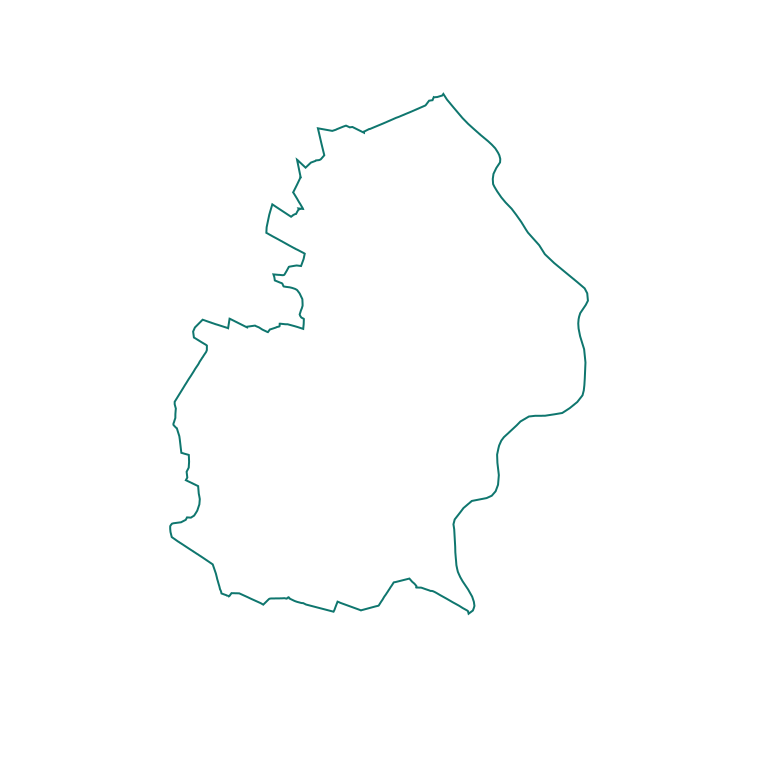 Mežotnes pag., Bauska, Latvia, rotated 218°
{"feature_id": "27541924B31734985735044", "entity_name": "Mežotnes pag.", "entity_type": "district", "adm_level": 2, "iso_a3": "LVA", "parent_name": "Latvia", "parent_adm1": "Bauska", "projection": "equal_earth", "projection_center": [24.115, 56.472], "detail": "fine", "context": "isolated", "style": "outline", "palette": "teal", "viewbox_px": 768, "rotation_deg": 218, "n_neighbors": 0, "source": "geoboundaries", "source_scale": "gbopen_adm2", "svg_char_len": 6094}
<svg xmlns="http://www.w3.org/2000/svg" viewBox="0 0 768 768"><g transform="rotate(218 384 384)"><path d="M464.2,144.6L465.1,143.3L465.1,141.7L465.0,140.6L464.7,140.0L463.2,138.1L461.1,135.9L457.0,132.7L449.1,133.1L448.5,133.2L446.8,133.3L446.1,133.4L436.3,134.2L420.0,135.6L414.0,136.0L407.9,136.4L399.6,131.0L399.4,130.8L399.1,130.6L396.3,128.4L395.2,127.5L393.9,126.6L391.6,124.9L389.2,123.2L387.3,121.7L386.7,121.2L385.9,120.9L384.7,120.2L383.1,118.9L380.6,119.7L378.2,120.5L377.6,120.5L376.9,120.9L375.5,121.5L375.4,121.4L375.3,121.6L375.4,125.3L369.2,129.9L360.1,132.1L356.9,132.8L346.2,135.4L343.3,135.8L343.1,137.4L342.9,138.8L342.4,142.7L342.2,143.9L342.0,144.3L341.7,144.7L340.9,145.5L336.9,148.7L334.8,150.4L332.9,151.9L330.5,154.0L328.9,154.7L328.5,155.0L328.5,155.6L328.1,156.4L328.1,157.0L327.9,157.2L327.3,157.2L326.4,157.0L326.3,156.8L320.8,158.0L318.4,158.8L314.2,160.6L312.7,161.6L309.7,162.2L283.6,173.5L284.0,175.6L284.8,178.0L286.6,183.9L285.3,184.3L283.6,184.7L266.1,190.4L263.3,191.3L262.8,191.4L262.5,191.8L262.3,192.2L261.8,192.8L259.4,196.0L254.6,202.4L253.7,203.6L252.0,205.7L251.9,205.9L251.8,206.2L251.8,206.5L252.1,209.4L252.2,210.3L252.4,213.3L252.8,216.1L252.9,217.6L252.9,217.8L252.9,218.1L252.9,218.3L253.0,220.0L253.1,220.8L253.2,222.6L253.4,224.4L253.5,226.1L253.7,227.7L253.8,229.6L254.0,231.9L254.2,233.6L253.5,234.5L253.0,235.0L250.5,238.2L244.2,246.3L240.0,245.5L237.2,245.4L234.2,244.8L233.6,244.3L233.6,243.7L233.2,243.5L230.1,245.9L229.5,246.3L228.9,246.6L226.2,247.5L225.0,247.9L221.3,249.2L219.9,249.6L218.9,250.4L218.0,250.8L216.9,251.1L215.5,251.4L214.9,251.5L212.9,251.8L209.8,252.2L202.2,253.4L198.6,253.9L195.6,254.3L192.0,254.9L188.2,255.5L186.2,255.7L184.1,255.9L179.1,256.7L178.8,256.7L178.0,256.7L175.9,255.1L174.5,260.2L175.2,262.5L176.1,264.8L179.1,267.7L183.6,270.7L191.3,273.9L195.3,275.2L200.5,276.9L204.9,278.7L208.2,280.4L210.2,281.5L212.7,283.5L215.4,285.8L218.7,289.4L220.4,291.2L224.1,295.2L227.8,299.7L232.1,304.6L239.2,312.7L242.9,316.2L244.9,320.8L244.9,329.6L245.0,335.2L242.8,345.9L232.9,357.3L230.3,362.3L230.0,368.2L232.1,374.8L237.4,382.9L246.1,391.7L251.4,398.0L254.2,403.7L255.4,406.4L256.7,411.6L256.8,415.8L255.2,425.6L254.0,433.1L253.4,438.5L249.8,447.6L245.2,452.1L237.7,458.0L230.9,465.2L225.7,470.9L224.5,474.3L222.8,479.3L220.6,488.8L220.6,497.3L222.6,501.9L225.3,506.3L229.0,511.7L238.5,525.0L247.7,534.6L258.9,542.4L264.8,547.5L268.2,551.3L270.5,554.8L271.7,557.2L273.0,560.7L273.7,570.6L274.6,575.2L279.7,580.6L284.8,582.9L294.5,583.3L310.5,583.7L324.5,584.1L337.1,585.3L347.1,588.9L363.7,591.9L367.0,593.0L375.6,596.2L383.9,598.7L391.4,600.7L400.0,601.9L406.5,603.3L413.5,605.5L418.4,607.4L421.1,608.7L424.5,612.5L427.1,617.0L428.5,623.4L429.0,630.1L430.9,632.9L433.9,635.2L436.6,636.5L441.4,638.2L446.5,639.0L451.4,639.4L461.2,639.7L470.8,640.3L477.9,640.8L485.9,641.9L499.4,644.7L509.5,646.9L515.8,649.1L515.7,647.2L518.8,642.8L519.4,642.3L521.0,640.8L521.4,640.7L520.5,637.5L522.9,635.0L522.8,629.6L522.9,628.9L531.2,613.6L532.3,611.7L537.0,603.3L538.4,601.1L540.0,598.1L545.1,588.7L549.4,581.1L552.2,576.1L552.6,575.9L555.0,570.8L555.1,570.7L554.4,569.7L567.1,567.1L568.6,565.6L568.9,565.2L573.0,564.2L574.6,561.7L578.0,555.8L578.5,554.7L580.6,551.6L593.5,544.8L580.9,534.6L571.9,527.5L571.9,527.0L572.1,522.8L572.2,522.0L572.8,520.8L573.2,520.3L573.8,519.7L575.3,518.3L575.3,517.7L577.9,513.5L579.0,506.2L590.0,507.2L590.6,507.2L577.8,496.3L577.1,495.8L577.5,495.6L576.8,494.5L575.2,487.3L573.6,479.3L573.6,479.1L571.9,478.5L566.3,476.4L565.9,476.2L562.4,474.8L561.4,474.5L555.9,472.3L555.6,472.1L559.3,469.8L558.7,469.6L559.1,469.3L558.7,469.0L558.8,468.9L558.4,466.0L558.0,463.9L558.6,463.2L559.6,461.2L559.6,460.8L560.2,458.6L563.6,458.3L566.2,458.1L569.8,457.8L577.2,457.2L582.6,456.8L579.9,449.9L578.6,446.7L573.0,435.3L569.8,430.7L562.6,431.8L558.0,432.6L543.5,434.9L536.4,436.1L535.2,436.4L533.1,436.8L531.4,437.1L527.7,437.8L526.7,437.9L524.3,433.0L522.0,425.9L525.7,423.7L526.8,422.6L530.8,418.2L531.1,417.7L530.4,413.6L529.8,409.0L530.0,408.2L530.9,407.3L533.6,405.6L534.4,405.0L538.6,402.3L536.5,400.9L535.9,400.4L533.8,398.4L528.1,400.0L527.0,400.4L526.4,400.5L526.0,400.5L525.7,400.4L523.5,399.2L523.3,399.1L523.2,399.1L522.9,399.2L520.9,400.3L518.2,401.9L518.1,402.0L515.7,403.1L512.6,404.2L510.7,404.5L510.4,404.5L510.1,404.4L509.8,404.4L509.4,404.3L508.5,404.0L507.5,403.8L506.9,403.6L506.2,403.4L504.4,402.5L502.0,401.3L500.9,400.8L500.3,400.3L499.7,399.6L498.5,398.2L497.4,396.9L496.3,395.5L495.7,393.9L495.4,393.2L494.7,390.7L493.9,388.6L493.3,386.9L492.0,386.1L490.2,385.5L489.2,385.6L487.9,385.9L487.4,386.0L487.1,385.8L484.2,381.8L483.0,379.9L481.6,377.7L487.4,375.6L490.4,374.4L496.8,371.7L498.3,370.5L503.1,367.5L503.3,367.3L502.0,365.5L501.9,365.0L502.3,364.4L503.7,362.6L503.9,362.0L507.1,357.2L507.5,356.7L507.5,356.4L507.4,353.9L507.4,353.4L507.8,353.2L508.4,353.1L513.3,352.0L515.5,351.8L517.5,351.6L520.4,350.8L521.6,350.6L521.9,350.3L527.3,344.7L526.9,344.3L527.2,344.2L545.6,340.5L545.9,340.4L541.2,332.0L541.6,331.9L552.7,327.8L552.8,327.7L556.3,326.5L556.5,326.4L566.5,323.0L567.8,312.1L566.7,307.8L562.4,303.6L561.8,303.7L555.5,304.4L552.7,304.7L548.9,305.2L547.7,305.3L547.2,305.2L544.5,301.7L543.9,299.8L543.6,295.3L543.4,293.8L543.4,292.8L543.2,290.9L543.1,289.6L543.0,288.2L542.7,286.6L542.5,285.4L542.1,279.6L542.0,278.9L541.7,276.6L541.4,273.5L541.2,271.6L541.1,270.2L540.9,267.5L540.3,262.1L540.2,260.8L539.8,257.5L538.0,241.1L536.5,239.2L532.8,236.4L532.3,235.5L531.9,234.9L531.1,233.7L529.9,231.9L528.3,229.8L527.6,228.9L527.4,228.5L526.6,226.2L526.1,225.0L525.6,223.3L525.2,222.7L524.9,222.3L524.6,222.1L524.1,222.0L522.2,221.7L520.6,221.5L520.0,221.6L517.3,219.7L513.2,216.9L510.9,214.7L504.6,208.3L501.3,205.0L499.2,205.9L498.8,206.0L495.7,207.3L494.8,207.7L494.1,207.9L489.7,202.7L486.4,197.9L485.5,193.3L483.5,191.3L481.4,189.2L480.9,186.2L467.6,189.1L462.5,183.6L460.4,181.8L458.3,179.9L455.4,175.5L453.2,169.3L452.9,166.9L452.6,163.4L453.9,159.8L457.1,157.6L456.6,154.9L458.8,150.1L464.2,144.6Z" fill="none" stroke="#0f766e" stroke-width="2"/></g></svg>